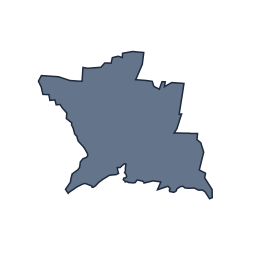 New Haven, Connecticut, United States of America (Equal Earth projection), rotated 13°
{"feature_id": "52423323B55561087422078", "entity_name": "New Haven", "entity_type": "district", "adm_level": 2, "iso_a3": "USA", "parent_name": "United States of America", "parent_adm1": "Connecticut", "projection": "equal_earth", "projection_center": [-72.92, 41.407], "detail": "fine", "context": "isolated", "style": "filled", "palette": "slate", "viewbox_px": 256, "rotation_deg": 13, "n_neighbors": 0, "source": "geoboundaries", "source_scale": "gbopen_adm2", "svg_char_len": 1993}
<svg xmlns="http://www.w3.org/2000/svg" viewBox="0 0 256 256"><g transform="rotate(13 128 128)"><path d="M172.5,72.0L160.4,73.9L154.2,79.5L153.9,74.6L150.7,75.2L149.8,83.1L147.7,82.6L143.9,81.7L141.1,77.1L135.2,77.6L124.5,79.2L124.8,78.3L127.6,62.7L126.4,50.9L120.1,51.8L115.4,52.4L105.9,56.4L106.6,60.6L102.3,60.3L98.8,62.0L96.9,63.0L97.0,68.7L95.3,68.9L90.7,69.9L88.0,74.9L75.3,78.9L70.5,79.1L72.7,92.7L69.0,93.5L60.7,94.8L48.8,93.7L31.8,96.4L30.2,102.6L34.3,107.7L37.5,114.4L43.4,113.3L45.7,118.7L50.5,117.1L52.8,121.6L56.5,120.4L59.7,123.4L65.0,127.2L65.8,132.7L72.0,135.6L72.3,137.6L74.6,140.5L77.5,145.9L80.3,147.8L80.7,149.1L82.5,152.0L88.6,156.2L90.8,158.2L94.4,162.2L95.0,164.2L94.1,166.0L91.0,168.1L89.2,171.7L89.7,177.2L88.6,179.9L83.9,185.4L83.8,190.7L84.1,193.7L80.9,201.8L84.4,205.1L85.0,204.0L91.5,196.9L96.4,192.8L98.6,191.7L99.9,191.8L105.6,192.6L106.1,192.9L106.1,193.4L106.2,193.7L107.5,193.6L109.3,191.7L111.7,187.6L114.6,184.1L120.6,178.2L121.2,178.0L121.8,177.8L127.1,176.0L127.7,175.5L129.0,174.3L127.8,172.2L126.9,170.1L126.8,169.9L126.4,169.0L129.2,168.3L131.1,165.4L132.7,163.6L134.1,163.7L134.1,164.1L134.5,168.1L135.2,170.6L134.6,172.2L136.6,173.6L137.5,175.5L137.3,176.7L135.2,177.8L135.0,179.2L135.1,179.5L135.8,179.8L136.5,180.2L137.4,181.2L139.0,180.4L140.6,181.0L145.6,180.3L145.9,180.1L147.4,179.5L148.3,176.9L148.9,176.6L154.1,176.5L156.0,177.4L156.1,178.0L163.3,174.4L164.2,173.9L171.3,173.2L172.1,173.2L170.6,181.6L180.0,175.8L182.5,177.4L182.8,178.4L182.2,179.1L182.9,180.5L186.9,180.4L187.9,179.8L189.2,178.3L189.3,176.3L192.4,173.2L194.8,172.5L196.8,173.5L197.0,173.6L200.1,173.2L206.1,171.6L210.8,172.7L214.5,171.7L217.5,172.9L223.4,178.6L225.8,176.9L223.7,168.9L213.9,159.3L213.7,154.6L206.9,152.9L207.2,134.5L202.2,126.0L197.8,123.8L197.0,117.7L190.8,119.1L189.5,119.2L183.4,120.5L176.1,122.0L174.1,122.5L175.8,117.6L176.7,106.2L177.1,102.3L174.8,103.1L174.4,98.4L173.4,83.3L172.5,72.0Z" fill="#64748b" stroke="#1e293b" stroke-width="1.5"/></g></svg>